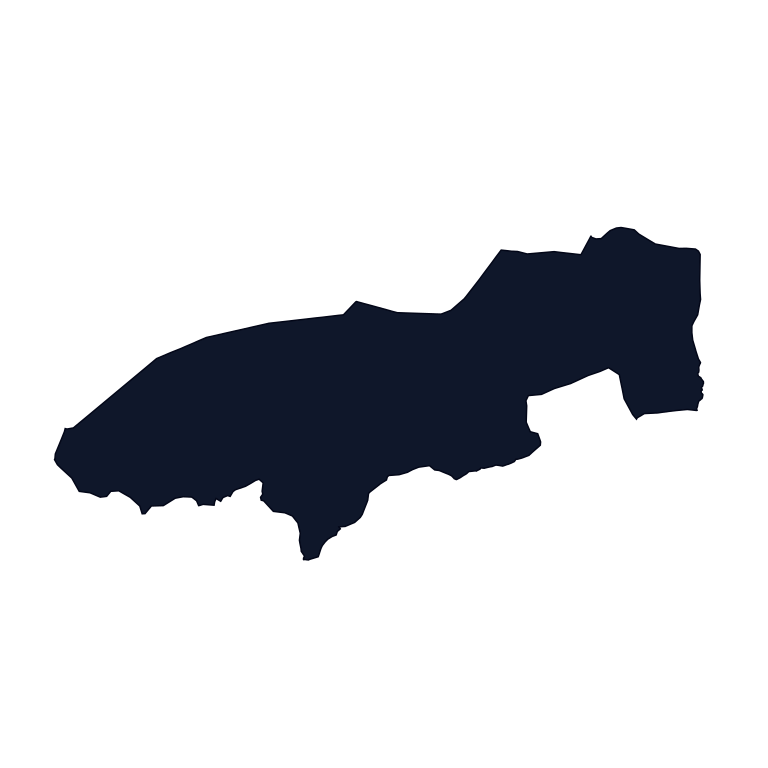 Maqbanah, Ta`izz, Yemen, rotated 97°
{"feature_id": "15242507B87636717080649", "entity_name": "Maqbanah", "entity_type": "district", "adm_level": 2, "iso_a3": "YEM", "parent_name": "Yemen", "parent_adm1": "Ta`izz", "projection": "natural_earth1", "projection_center": [43.703, 13.621], "detail": "fine", "context": "isolated", "style": "filled", "palette": "ink", "viewbox_px": 768, "rotation_deg": 97, "n_neighbors": 0, "source": "geoboundaries", "source_scale": "gbopen_adm2", "svg_char_len": 5486}
<svg xmlns="http://www.w3.org/2000/svg" viewBox="0 0 768 768"><g transform="rotate(97 384 384)"><path d="M372.0,70.1L370.5,70.7L369.4,70.5L368.5,70.2L367.3,70.1L366.2,70.1L364.3,69.8L363.1,69.6L362.3,69.2L361.3,68.1L360.5,67.5L359.8,66.7L359.1,66.4L358.0,66.3L356.6,66.2L355.7,66.2L355.1,66.7L354.5,67.6L353.6,68.2L352.9,68.2L352.3,68.4L352.0,68.4L351.7,68.1L351.2,67.4L350.3,67.7L349.6,68.2L348.9,68.4L348.2,68.3L347.5,67.6L346.9,67.4L346.0,67.4L345.1,67.2L344.6,67.0L343.8,67.1L343.0,67.2L342.4,67.4L342.0,68.1L341.3,68.6L340.4,69.5L339.1,70.4L338.7,71.3L338.3,72.2L337.9,72.9L336.4,73.6L335.2,73.8L334.7,73.8L334.2,73.2L333.4,73.1L332.0,73.1L330.8,73.3L329.5,73.6L328.4,73.6L327.1,73.3L325.9,73.0L325.0,72.6L324.1,72.5L320.8,75.0L313.0,78.6L311.9,79.0L302.7,83.0L302.1,83.1L299.7,83.7L295.5,84.7L289.7,85.4L288.6,85.5L284.1,84.0L279.3,82.0L277.1,81.1L267.3,80.6L261.5,80.1L255.5,81.3L242.4,83.3L216.9,86.0L213.8,88.1L212.1,91.3L212.5,100.5L213.5,107.6L212.8,118.7L212.0,131.9L211.8,132.3L205.2,147.0L204.1,149.4L200.5,154.4L200.0,163.1L199.8,167.8L200.9,172.4L203.4,176.8L204.2,178.2L206.9,180.7L210.4,183.7L213.2,186.1L214.2,191.3L213.0,196.3L211.6,196.5L214.6,197.6L222.5,200.7L229.2,203.3L231.7,204.3L231.8,215.7L231.9,224.4L231.9,231.3L237.5,257.7L236.2,267.6L236.6,272.7L236.7,272.9L236.7,276.0L236.7,276.7L236.7,278.4L236.8,284.0L244.4,288.4L250.3,291.7L261.3,298.0L269.1,302.4L282.5,310.4L287.2,313.2L288.9,314.3L289.6,314.7L302.7,326.5L306.9,334.3L307.0,334.5L307.7,335.9L308.2,341.1L308.4,343.5L309.0,350.2L310.0,361.3L311.0,372.5L311.6,379.3L311.6,379.7L311.4,381.0L310.9,384.8L310.4,387.9L307.8,405.5L306.7,413.3L306.7,413.7L306.5,414.6L305.7,420.3L305.6,420.7L305.5,421.3L305.9,422.0L320.3,432.7L321.4,437.5L325.3,453.4L326.7,459.5L327.1,461.2L327.7,463.6L329.2,469.8L334.1,490.2L337.8,505.8L338.2,506.8L349.9,539.3L359.5,566.0L365.4,576.1L365.7,576.5L368.0,580.4L370.7,585.1L373.5,589.8L378.7,599.3L386.5,612.8L398.6,624.1L451.4,673.7L465.5,687.0L465.8,688.1L466.5,690.4L466.7,691.0L467.3,693.0L467.3,693.4L467.1,695.0L470.3,695.4L478.2,697.5L493.5,701.7L498.1,701.5L498.9,701.7L499.2,701.8L503.9,698.3L506.6,694.7L512.4,686.6L512.6,686.3L515.4,682.4L527.7,673.4L527.8,662.5L530.9,651.8L530.8,651.6L530.0,648.2L529.3,645.6L523.8,642.1L522.3,634.2L524.6,628.8L527.6,621.6L527.8,621.5L534.9,611.5L542.3,608.2L541.8,605.4L533.4,600.0L531.6,588.2L522.8,577.3L520.5,570.1L520.4,570.1L520.0,565.8L519.7,561.6L519.6,561.2L520.4,559.7L521.3,558.2L522.2,556.7L522.3,556.5L522.7,555.8L524.4,554.8L526.7,553.5L527.3,553.1L527.0,552.2L525.5,548.9L525.0,537.9L521.4,537.7L518.1,536.7L518.3,536.3L520.3,531.8L519.7,531.5L517.8,530.7L517.0,530.3L516.4,530.0L516.2,529.8L514.7,527.2L513.8,525.6L514.3,523.0L509.4,520.9L508.6,520.2L507.0,518.5L502.7,509.6L502.3,508.8L502.1,508.6L498.7,504.0L497.9,503.0L495.3,499.7L494.7,498.4L493.7,496.4L494.9,494.7L496.8,491.9L500.3,491.9L505.3,491.9L508.1,490.9L511.5,492.7L514.3,491.7L514.6,489.2L523.9,478.3L523.9,475.7L523.9,474.1L523.9,468.1L523.9,466.8L523.9,466.7L524.4,464.9L526.2,458.8L528.2,456.8L528.5,456.5L530.3,454.7L532.3,452.6L533.3,452.2L536.4,451.1L542.4,448.9L543.6,448.9L545.9,448.9L548.5,448.9L549.4,448.9L552.4,448.0L557.5,446.3L558.0,446.2L560.2,445.7L562.2,443.9L562.9,443.4L564.0,442.3L564.9,442.1L565.3,442.1L566.3,442.5L566.5,442.6L566.9,442.6L567.8,442.6L568.2,442.1L568.1,441.9L567.8,441.5L567.9,439.1L567.8,437.3L567.3,436.9L566.3,434.6L563.5,428.3L563.2,428.2L559.9,427.5L558.6,427.3L558.2,427.2L555.7,426.7L555.2,426.6L553.8,426.2L551.8,425.5L547.9,423.2L544.8,420.8L541.6,416.8L539.7,413.1L536.1,412.4L533.1,409.7L532.7,410.0L531.8,411.1L531.3,411.4L530.1,405.2L527.2,400.2L525.0,396.3L519.3,391.3L516.0,389.7L510.8,388.4L502.7,386.3L502.4,386.3L501.4,386.0L494.6,386.0L493.4,385.2L492.8,384.7L486.8,378.7L484.9,376.8L484.4,376.3L483.8,375.8L483.2,375.1L480.9,372.3L479.0,369.9L475.8,369.4L474.2,368.1L472.2,358.1L472.0,357.5L471.9,357.3L468.7,349.8L468.6,349.7L467.5,348.2L465.8,345.7L465.5,345.3L462.3,339.4L459.5,328.9L463.1,323.2L463.1,318.7L463.7,316.4L464.0,315.5L465.1,311.4L465.7,309.1L466.0,308.2L466.5,306.8L467.0,305.6L469.1,303.0L469.4,302.8L470.0,300.7L470.0,300.4L468.2,297.7L468.0,297.4L467.5,296.7L465.8,294.8L465.5,294.4L464.9,293.7L463.9,292.3L463.0,291.2L462.4,290.7L462.1,290.4L461.7,290.1L460.6,289.2L459.0,282.5L459.2,281.9L456.8,278.3L455.5,277.7L455.4,274.3L454.1,270.9L453.9,270.4L453.0,267.7L452.9,267.5L452.9,267.3L452.9,267.2L452.8,266.8L450.8,263.1L450.8,260.2L451.0,256.2L450.4,254.9L449.0,252.2L448.9,252.0L448.8,251.7L448.5,250.9L448.3,250.5L446.9,248.0L445.4,245.7L445.1,245.2L442.6,243.9L442.6,243.7L442.3,242.1L441.7,240.7L441.0,238.9L440.5,237.8L440.4,237.6L440.2,237.2L438.8,234.6L437.2,231.5L437.1,231.4L436.9,231.2L436.3,230.8L435.7,230.2L434.0,228.8L431.4,226.5L425.7,221.4L422.4,221.5L420.7,222.3L414.6,225.4L413.9,230.5L413.5,233.0L410.2,235.0L406.7,237.0L404.6,238.2L388.3,239.7L383.3,241.1L377.9,239.3L375.1,226.4L368.3,215.3L367.6,214.1L364.4,206.9L362.2,202.0L360.8,198.8L359.7,197.1L358.7,195.4L353.3,186.7L350.6,182.3L346.0,172.8L345.0,170.8L343.5,168.3L340.5,163.2L340.7,162.6L346.0,151.6L355.3,148.5L359.4,147.1L369.5,143.8L369.6,143.7L383.9,133.5L384.7,132.7L388.1,129.1L386.6,128.5L384.0,125.0L382.7,123.4L381.6,121.9L379.6,110.4L379.4,109.1L379.2,108.3L377.9,103.6L377.6,102.2L377.3,101.1L377.2,100.7L377.0,99.8L376.7,98.9L375.6,94.4L374.7,90.7L373.4,84.8L372.3,79.8L372.2,73.1L372.2,70.8L372.0,70.1Z" fill="#0f172a" stroke="#020617" stroke-width="1.5"/></g></svg>